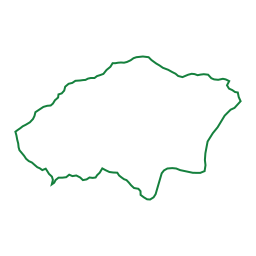 São José do Brejo do Cruz, Paraíba, Brazil (Robinson projection)
{"feature_id": "56859067B98601062651136", "entity_name": "São José do Brejo do Cruz", "entity_type": "district", "adm_level": 2, "iso_a3": "BRA", "parent_name": "Brazil", "parent_adm1": "Paraíba", "projection": "robinson", "projection_center": [-37.369, -6.238], "detail": "fine", "context": "isolated", "style": "outline", "palette": "green", "viewbox_px": 256, "rotation_deg": 0, "n_neighbors": 0, "source": "geoboundaries", "source_scale": "gbopen_adm2", "svg_char_len": 1791}
<svg xmlns="http://www.w3.org/2000/svg" viewBox="0 0 256 256"><path d="M240.6,101.2L238.7,97.0L237.8,92.5L235.0,92.0L232.3,90.1L229.0,88.6L227.0,85.3L229.2,81.1L225.7,79.4L222.9,78.8L218.2,79.8L214.1,79.4L211.3,78.2L208.1,74.7L203.8,74.2L200.5,74.6L197.6,75.2L194.6,74.1L191.7,73.8L188.2,74.7L182.5,77.1L178.2,76.0L175.5,73.7L172.1,72.0L168.2,69.8L162.9,67.8L159.6,65.5L156.2,63.5L151.4,60.0L148.6,57.2L142.9,56.5L136.4,57.2L133.5,58.2L130.6,60.3L126.9,62.0L124.0,62.7L121.0,62.5L118.2,62.7L115.3,63.2L112.6,63.2L110.4,66.8L106.5,70.0L103.4,73.9L100.1,75.1L97.0,76.1L94.5,78.0L90.8,78.0L88.0,78.6L85.5,79.9L82.9,80.1L80.0,80.5L75.4,80.8L72.3,82.9L68.6,83.8L65.2,86.7L64.2,90.6L61.7,93.4L58.5,94.4L58.1,97.5L55.0,100.2L52.9,103.6L50.7,105.5L47.2,105.8L43.4,106.9L39.6,109.4L35.4,112.2L34.5,115.9L33.0,119.0L29.9,122.3L25.7,124.8L22.7,126.3L20.3,128.2L17.7,130.0L15.4,131.7L16.4,135.3L17.2,139.6L18.2,143.5L18.6,147.3L19.5,150.3L21.7,152.9L24.1,155.8L26.1,158.8L28.8,161.1L31.9,162.5L34.6,164.9L37.3,167.2L39.8,168.3L42.3,170.1L45.7,168.7L47.4,171.3L49.0,173.9L51.9,176.6L52.9,179.9L51.8,184.4L54.2,182.7L55.6,180.0L58.5,177.7L62.1,177.7L66.2,177.2L69.2,174.7L72.4,176.1L76.3,175.5L80.2,177.5L82.9,180.1L86.6,179.4L89.5,177.5L92.7,177.9L95.6,177.5L97.1,175.2L99.7,172.7L102.3,168.4L105.6,170.2L109.4,172.0L113.2,172.5L117.3,172.7L119.1,175.5L121.5,177.4L124.0,179.2L126.5,180.1L128.8,182.5L131.1,185.3L134.0,188.0L138.4,188.8L140.5,191.2L140.6,194.9L143.8,197.3L147.1,199.3L150.1,199.5L153.6,197.3L155.6,194.2L161.7,173.3L164.0,170.4L167.4,168.5L172.3,168.1L176.2,168.5L180.1,170.1L192.9,172.8L200.2,172.9L204.6,171.1L205.5,165.2L204.9,160.0L205.4,153.2L207.6,141.5L212.8,133.2L217.6,127.3L224.7,115.6L230.6,109.7L234.5,107.9L240.6,101.2Z" fill="none" stroke="#15803d" stroke-width="2"/></svg>